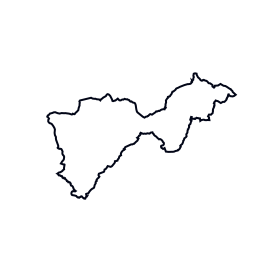 Azogues, Cañar, Ecuador, rotated 211°
{"feature_id": "8360857B88575915979484", "entity_name": "Azogues", "entity_type": "district", "adm_level": 2, "iso_a3": "ECU", "parent_name": "Ecuador", "parent_adm1": "Cañar", "projection": "mercator", "projection_center": [-78.782, -2.632], "detail": "fine", "context": "isolated", "style": "outline", "palette": "ink", "viewbox_px": 256, "rotation_deg": 211, "n_neighbors": 0, "source": "geoboundaries", "source_scale": "gbopen_adm2", "svg_char_len": 5785}
<svg xmlns="http://www.w3.org/2000/svg" viewBox="0 0 256 256"><g transform="rotate(211 128 128)"><path d="M128.0,47.9L128.0,48.3L128.1,48.2L128.3,48.5L129.0,48.8L129.9,49.8L129.2,50.8L128.4,51.3L128.3,54.0L127.9,56.1L127.4,57.4L126.5,59.0L126.4,59.5L127.2,62.0L127.2,64.0L127.8,64.7L127.9,65.2L127.6,66.3L127.9,66.3L128.2,67.0L128.1,68.9L127.5,70.5L127.5,71.6L128.2,71.8L129.0,72.4L129.2,72.9L129.4,73.8L126.1,78.0L126.1,78.6L126.7,80.3L125.9,81.7L125.8,82.6L125.8,84.9L122.8,85.8L122.1,87.0L121.5,90.9L121.6,91.9L122.1,92.8L120.7,94.0L120.2,94.7L120.5,95.3L120.5,96.2L120.2,97.0L120.8,99.2L119.9,101.1L120.5,101.6L121.0,102.7L121.1,104.1L120.8,106.1L120.0,107.3L119.8,108.1L120.7,108.2L120.4,109.1L120.5,110.2L116.9,115.5L115.7,116.3L114.8,117.8L114.6,117.8L114.1,120.0L113.4,122.0L113.5,123.3L113.8,123.5L113.6,124.2L115.1,124.4L114.5,125.8L114.6,127.1L114.1,127.6L114.0,129.0L114.7,129.4L114.7,130.4L112.0,130.8L111.1,131.6L109.6,132.3L108.7,133.4L106.6,134.3L106.2,135.7L104.8,136.9L103.7,136.1L102.7,136.0L102.2,135.5L101.0,135.2L99.5,135.2L97.0,134.5L96.1,134.5L95.5,134.3L95.0,134.9L94.5,135.1L93.2,135.1L91.7,134.6L90.9,134.0L90.1,133.9L89.5,133.6L88.9,132.5L88.9,132.0L89.1,131.2L90.3,129.9L90.3,129.4L89.8,128.7L89.0,128.2L88.4,128.3L87.1,128.1L86.3,129.6L83.4,127.3L81.1,128.3L77.2,130.8L76.4,131.4L75.4,132.8L73.7,134.4L73.6,134.7L73.8,135.1L73.2,135.8L73.0,137.0L73.2,138.4L73.1,139.1L73.2,139.3L74.0,139.6L73.9,140.5L73.3,142.1L73.3,142.8L73.7,144.9L74.1,145.6L73.9,146.8L74.4,148.0L73.6,150.1L73.5,151.0L74.6,152.3L74.8,152.9L74.7,154.4L74.9,155.1L75.5,156.1L75.7,157.3L76.0,157.7L75.7,158.2L75.9,158.9L76.0,160.1L76.2,160.3L76.5,161.1L76.8,161.2L77.0,161.5L77.0,162.7L76.6,163.4L76.8,164.5L77.2,165.7L77.2,166.7L77.4,167.1L78.1,166.9L78.9,167.1L79.6,170.0L79.0,170.2L78.6,168.9L77.5,169.2L76.4,169.7L75.8,170.3L75.5,170.1L75.0,170.4L74.6,172.0L73.7,172.2L73.2,172.6L72.7,172.5L72.2,172.7L71.7,173.1L71.3,173.3L69.7,171.3L69.1,172.7L67.6,174.0L66.9,174.3L66.0,174.4L64.5,175.3L64.0,175.8L62.3,176.7L62.9,177.4L63.5,177.7L63.7,178.4L64.1,178.9L65.4,179.2L65.5,181.2L63.7,182.2L63.6,183.0L63.1,184.1L63.9,186.4L64.2,186.6L64.8,187.9L65.1,190.5L65.3,191.2L65.5,191.1L65.7,191.7L65.7,192.3L66.4,193.1L66.9,193.3L66.8,193.5L67.0,193.7L66.8,194.0L67.3,194.6L67.2,195.4L66.9,196.0L67.0,196.7L64.6,197.3L61.3,197.2L60.2,199.2L58.8,200.1L58.2,202.6L58.5,203.5L58.3,204.0L58.6,204.3L58.7,205.6L58.5,206.4L59.0,207.2L58.9,208.0L59.2,208.1L59.3,208.4L59.0,208.7L58.4,208.2L56.7,208.0L54.5,209.0L53.5,210.2L52.8,212.0L56.8,212.8L57.8,213.6L59.1,213.7L59.6,214.1L60.2,214.2L60.8,214.0L64.9,214.2L66.3,214.1L67.9,213.4L71.4,213.4L72.7,210.8L75.3,209.0L74.9,207.5L75.1,206.9L77.0,207.1L77.5,208.2L78.2,208.4L80.5,208.6L81.8,208.0L82.5,208.1L83.5,208.6L84.7,208.8L85.6,208.7L86.1,208.4L87.8,208.3L88.1,208.1L88.6,207.5L88.5,207.1L89.2,206.5L90.4,206.4L91.9,207.1L94.1,207.5L96.5,209.0L97.2,209.9L98.7,209.4L99.6,208.4L98.8,206.3L97.8,205.6L97.6,204.2L96.9,202.9L97.3,201.9L97.1,201.4L97.5,201.5L97.2,201.2L97.3,200.7L97.2,200.4L97.4,200.1L96.9,199.3L97.1,198.4L97.3,198.0L98.4,197.0L99.5,196.3L101.8,193.8L104.8,189.9L105.6,188.5L106.6,187.2L107.0,186.5L107.0,185.2L107.5,183.8L108.0,182.5L108.6,182.0L108.2,179.1L108.5,177.8L108.4,177.0L108.7,176.2L109.3,175.9L109.8,175.2L109.3,174.3L109.6,173.7L109.7,171.2L108.5,169.5L108.1,167.8L107.1,166.0L107.1,165.8L106.9,165.4L107.0,164.9L106.1,164.8L106.2,163.8L106.6,163.3L106.4,162.8L107.2,162.5L108.6,161.2L109.3,160.1L109.7,158.9L110.6,158.5L111.5,157.2L112.4,156.8L112.5,156.4L112.5,155.8L114.3,151.8L116.0,151.4L116.4,150.9L116.9,148.7L117.3,148.4L117.4,147.8L118.4,147.0L119.2,145.4L121.1,145.3L128.1,146.3L129.2,147.0L130.5,148.3L133.1,151.5L134.0,152.3L135.2,152.9L137.3,152.3L138.7,152.6L139.5,151.9L140.7,152.1L141.0,152.4L141.7,152.5L142.6,152.2L143.3,152.3L144.3,151.6L146.0,151.2L146.5,150.0L147.4,149.6L147.9,149.0L148.4,148.0L149.3,147.4L149.8,147.3L151.9,147.9L153.0,145.0L153.6,144.6L154.1,143.8L154.7,143.3L155.3,143.2L156.3,144.2L159.7,146.3L161.5,146.8L162.8,146.6L163.4,145.7L163.4,143.9L164.9,141.3L165.3,139.9L165.9,138.7L165.9,137.4L167.4,137.6L169.7,136.5L171.0,136.3L171.7,135.8L173.5,135.0L175.2,134.9L183.3,126.9L183.4,125.8L182.3,124.8L182.0,123.8L181.1,122.3L180.6,119.8L179.8,117.7L180.3,115.3L180.8,114.0L180.8,112.8L181.0,112.3L181.3,112.1L182.7,111.8L182.7,111.1L183.2,110.6L185.8,110.0L189.3,108.5L190.5,107.7L192.6,106.6L194.1,105.1L195.9,104.5L198.6,104.0L200.0,102.9L200.3,102.2L202.4,100.1L202.5,98.7L203.2,97.4L203.0,96.1L202.2,96.1L200.5,95.3L200.5,93.9L199.7,92.5L198.7,92.0L197.6,91.8L196.8,92.1L195.2,92.1L192.9,91.1L191.1,90.1L189.9,89.1L188.4,86.0L187.0,84.3L185.1,83.1L184.5,82.0L183.5,80.8L178.8,77.0L178.3,76.3L178.1,75.6L178.1,74.8L177.4,74.6L176.4,74.7L176.4,74.9L174.8,75.5L174.4,75.6L174.0,75.5L172.0,74.2L171.3,72.6L170.6,71.8L169.9,71.4L168.9,71.2L167.8,70.3L166.8,67.9L167.0,66.3L167.2,65.4L167.2,63.0L164.9,63.4L163.7,64.0L163.5,63.9L162.2,60.6L161.5,59.7L162.2,57.8L162.1,57.4L162.5,56.5L163.4,55.0L164.2,54.4L165.0,52.6L164.4,52.7L164.0,52.2L162.9,51.8L162.4,52.3L161.9,52.4L161.7,52.2L161.0,52.2L160.6,52.5L160.2,52.4L159.8,52.7L158.7,51.8L158.0,52.1L158.0,51.7L157.6,51.6L156.7,52.2L156.3,52.1L156.1,52.4L155.4,51.8L154.9,51.9L153.9,51.7L153.0,51.0L152.4,51.3L151.6,51.2L151.4,50.8L151.2,50.7L150.1,51.5L148.6,51.0L148.6,50.5L147.3,49.4L146.9,49.6L145.4,49.4L144.5,48.9L143.0,47.6L142.1,47.5L141.4,47.0L140.4,47.0L140.6,46.5L142.8,45.4L143.2,44.6L143.2,43.7L142.8,42.7L142.1,42.0L141.7,41.8L141.2,41.8L139.2,42.6L137.4,43.1L135.8,42.6L135.3,42.6L134.6,43.0L134.4,43.4L134.0,43.6L133.8,43.4L133.1,44.7L133.0,45.3L132.5,45.6L130.6,45.0L129.8,45.1L129.4,44.9L129.0,45.2L128.4,45.2L128.2,45.6L128.5,46.1L128.5,47.2L128.0,47.9Z" fill="none" stroke="#020617" stroke-width="2"/></g></svg>